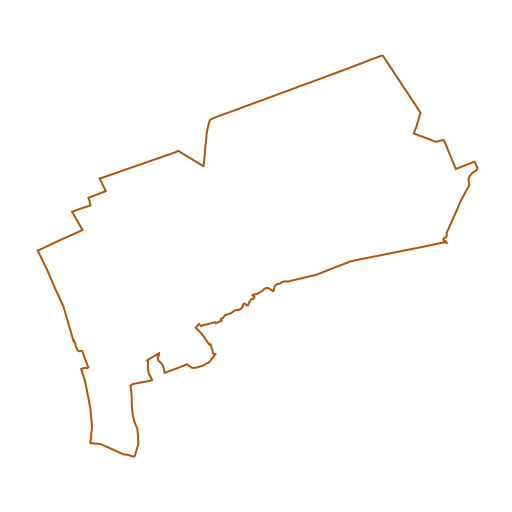 the district of Cosmesti, Galati, Romania, rotated 272°
{"feature_id": "2599482B28458527473660", "entity_name": "Cosmesti", "entity_type": "district", "adm_level": 2, "iso_a3": "ROU", "parent_name": "Romania", "parent_adm1": "Galati", "projection": "orthographic", "projection_center": [27.304, 45.847], "detail": "fine", "context": "isolated", "style": "outline", "palette": "amber", "viewbox_px": 512, "rotation_deg": 272, "n_neighbors": 0, "source": "geoboundaries", "source_scale": "gbopen_adm2", "svg_char_len": 5319}
<svg xmlns="http://www.w3.org/2000/svg" viewBox="0 0 512 512"><g transform="rotate(272 256 256)"><path d="M358.4,174.5L357.5,172.8L356.9,172.0L356.4,170.7L355.2,167.4L354.3,165.2L353.4,162.9L327.9,97.1L315.6,103.6L308.3,86.5L305.7,87.5L303.4,88.2L300.9,88.8L293.9,70.6L277.7,80.6L275.9,81.7L264.9,59.4L253.8,37.7L234.2,48.1L213.7,57.7L213.1,58.1L198.0,65.7L197.4,65.6L194.8,66.7L169.7,74.9L165.3,76.4L164.3,76.7L164.8,77.4L159.3,79.2L158.9,79.4L157.4,80.1L157.2,80.2L156.8,80.4L155.7,80.8L155.4,81.1L154.9,81.7L154.8,81.9L154.7,82.2L154.7,83.0L155.0,84.0L155.2,84.7L155.2,85.2L155.0,85.6L154.4,85.9L153.8,86.1L152.4,86.6L151.1,87.2L143.7,90.3L139.6,91.9L139.0,92.3L138.5,91.9L137.9,90.7L138.1,90.1L138.2,89.0L138.1,88.1L137.8,87.2L137.0,85.3L131.0,87.4L124.6,89.6L98.5,95.7L79.8,98.1L63.3,97.0L62.5,107.5L57.0,121.0L54.8,126.5L53.2,130.2L53.1,131.4L52.9,133.7L52.8,135.2L51.9,137.9L51.5,139.4L51.3,140.6L51.4,141.1L51.6,141.5L52.4,142.0L63.2,144.8L64.4,144.8L66.0,144.9L66.9,144.9L68.3,144.6L69.0,144.5L69.9,144.4L71.0,144.5L74.6,144.0L78.1,143.6L79.6,143.2L80.8,142.7L84.5,141.0L85.7,140.5L86.4,140.2L88.3,139.7L90.9,138.9L92.3,138.5L92.7,138.4L94.5,138.1L96.6,137.8L100.6,137.3L104.0,137.0L105.7,136.9L108.8,136.8L110.8,136.6L112.0,136.5L114.8,136.2L119.4,135.6L120.9,135.3L122.0,135.0L122.6,135.7L123.5,136.8L123.8,137.7L124.3,139.8L125.5,145.0L126.5,149.9L127.6,154.1L128.1,155.9L128.4,156.5L130.4,155.5L132.2,154.5L133.4,153.6L134.0,153.2L135.9,152.7L137.3,152.4L138.4,152.1L139.2,151.9L141.3,151.8L142.9,151.6L145.5,151.8L146.3,151.9L147.0,151.8L147.3,151.6L147.6,151.1L147.9,150.7L149.8,153.7L152.0,157.1L153.7,159.7L155.4,162.5L154.9,162.5L154.1,162.6L153.6,162.5L153.0,162.3L152.7,161.9L152.2,161.4L151.7,161.3L150.8,161.4L149.3,161.7L148.8,161.8L148.3,162.0L147.2,162.8L146.7,163.7L146.4,164.2L145.7,164.9L144.5,165.9L143.9,166.4L142.9,166.9L141.4,167.5L139.9,167.8L138.1,168.2L136.0,168.8L137.6,172.6L140.0,178.4L142.1,183.5L143.2,186.0L144.9,190.1L145.4,190.8L145.0,191.3L143.5,193.6L142.5,195.0L142.1,195.8L142.0,196.4L142.0,197.4L142.2,199.1L142.5,200.7L142.9,201.9L143.5,203.9L144.0,205.4L144.7,206.9L145.5,208.4L146.0,209.2L146.6,209.9L147.0,210.5L147.1,210.9L147.5,211.8L147.7,212.6L150.0,214.3L150.5,214.4L151.3,214.9L152.0,215.5L152.2,215.9L152.8,216.4L154.5,217.5L156.5,218.8L157.1,216.5L158.3,216.1L159.9,215.8L160.9,215.6L162.6,214.9L166.2,213.7L166.3,213.5L165.9,212.3L168.2,210.7L170.5,208.9L172.5,207.5L175.1,205.5L176.7,204.0L178.7,202.0L180.2,200.5L182.2,198.2L186.1,201.3L184.3,203.2L184.0,203.7L184.4,204.4L184.8,205.2L185.2,205.9L185.5,206.5L185.6,207.6L185.9,209.2L186.1,210.2L186.6,211.3L186.9,212.4L187.2,213.7L187.8,214.8L188.1,215.8L188.3,217.4L187.4,217.9L187.6,218.4L188.2,219.7L188.7,220.7L189.3,221.9L189.5,223.0L189.9,223.8L191.7,223.0L192.8,225.0L195.9,227.2L197.8,232.7L200.5,236.4L201.0,237.5L201.3,238.4L201.4,239.7L201.4,240.1L201.9,241.0L202.0,241.4L202.2,242.0L203.1,243.3L205.8,244.9L206.5,244.7L207.0,244.9L208.2,246.1L207.7,246.8L207.0,247.8L206.8,247.9L206.4,248.8L206.3,249.1L206.2,249.5L207.2,249.9L208.5,250.5L209.2,250.8L209.9,250.9L210.4,251.4L210.9,251.8L211.6,252.0L212.1,252.3L212.6,252.6L213.0,253.2L213.1,253.6L213.0,254.0L213.0,254.3L213.0,254.6L213.0,254.8L213.1,255.0L213.3,255.1L213.7,255.2L214.2,255.3L214.6,255.7L214.9,255.9L215.3,255.5L215.7,255.3L216.7,254.0L217.0,254.6L217.4,255.3L217.6,255.8L217.8,256.6L217.9,257.6L218.0,258.2L218.3,258.7L221.0,262.9L221.6,263.7L222.8,264.8L223.4,265.4L223.9,266.2L224.0,266.8L224.3,267.8L224.5,268.6L224.4,269.3L223.7,270.6L221.8,273.9L221.5,274.7L222.2,274.9L223.6,275.0L225.2,275.4L225.9,275.6L227.7,276.5L228.7,278.5L229.5,281.3L230.5,282.4L231.1,283.5L231.3,284.7L231.8,285.9L231.5,288.9L232.0,290.3L234.8,300.4L236.4,306.1L239.3,316.8L240.1,318.7L244.3,328.3L254.0,350.8L256.3,359.9L259.7,374.5L262.5,386.3L265.1,397.5L267.2,406.3L268.1,410.1L272.0,426.5L276.1,443.0L275.8,446.0L276.6,445.5L277.1,445.3L278.5,442.7L279.9,442.7L281.5,445.3L281.9,445.4L284.0,446.1L284.4,446.0L285.3,445.6L297.8,450.6L310.2,455.7L313.7,456.8L314.1,457.0L317.0,458.2L322.1,460.6L323.9,461.5L328.0,463.5L329.2,464.3L331.4,465.3L332.2,465.9L334.8,466.7L339.8,465.7L342.8,466.5L344.9,467.8L346.2,469.0L347.1,470.1L348.1,471.5L348.7,472.8L349.6,473.3L351.7,474.3L357.5,471.4L357.9,470.9L355.5,465.4L349.9,452.7L364.6,446.0L370.6,443.3L372.2,442.6L375.3,441.2L375.9,440.9L377.5,440.1L377.8,439.9L378.5,439.4L376.9,433.3L376.4,431.8L376.8,430.6L378.9,424.5L384.0,409.4L390.1,411.6L400.2,414.2L400.8,414.4L404.0,415.2L404.8,415.5L405.6,414.9L406.7,414.2L407.1,413.9L415.1,408.2L428.0,399.0L428.5,398.6L434.9,394.1L443.3,388.1L445.7,386.4L460.6,375.8L460.7,374.7L459.2,371.2L458.0,368.3L457.1,365.9L452.9,356.2L452.0,354.0L450.8,351.2L449.4,347.8L449.2,347.3L447.7,343.9L446.7,341.6L446.0,339.8L434.9,312.8L430.3,301.6L428.3,296.6L426.7,292.6L426.6,292.3L426.5,292.1L426.3,291.6L425.7,290.5L424.5,287.3L405.9,241.8L404.5,238.3L404.4,237.9L404.2,237.6L404.0,236.9L403.6,236.2L402.9,234.7L401.2,230.4L395.2,215.4L393.7,211.9L393.1,210.6L392.8,209.8L392.7,209.7L392.5,209.3L391.3,206.6L390.1,205.2L388.1,204.6L386.4,204.1L380.0,202.9L377.4,202.5L373.5,202.3L369.7,202.1L361.6,201.4L348.0,200.8L344.0,200.3L344.1,200.0L354.4,181.5L357.0,177.0L357.8,175.5L358.1,175.0L358.4,174.5Z" fill="none" stroke="#b45309" stroke-width="2"/></g></svg>